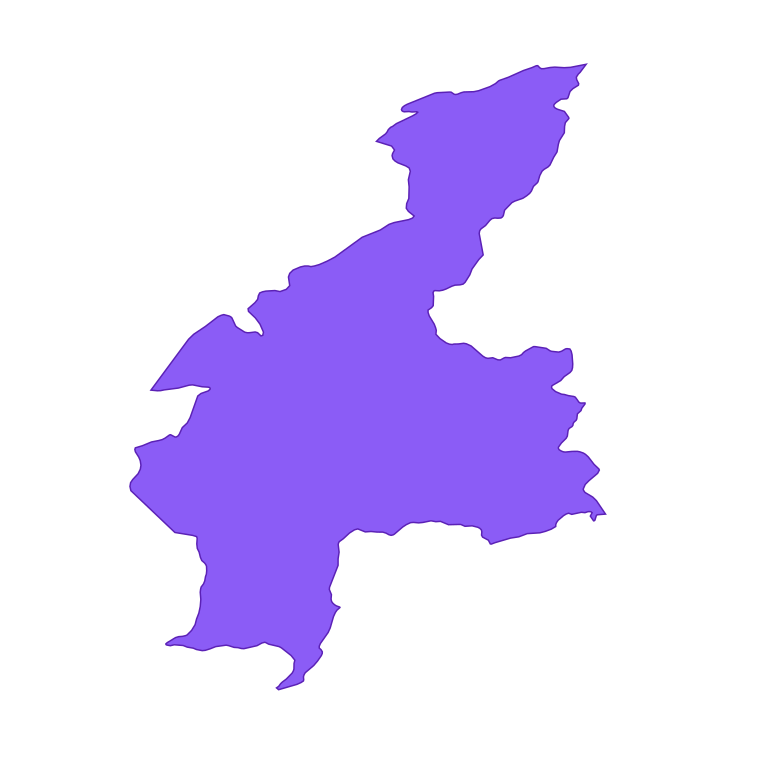 Udon Thani, Equal Earth projection, rotated 75°
{"feature_id": "THA-448", "entity_name": "Udon Thani", "entity_type": "Province", "adm_level": 1, "iso_a3": "THA", "parent_name": "Thailand", "parent_adm1": "", "projection": "equal_earth", "projection_center": [102.887, 17.458], "detail": "fine", "context": "isolated", "style": "filled", "palette": "violet", "viewbox_px": 768, "rotation_deg": 75, "n_neighbors": 0, "source": "natural_earth", "source_scale": "10m", "svg_char_len": 6170}
<svg xmlns="http://www.w3.org/2000/svg" viewBox="0 0 768 768"><g transform="rotate(75 384 384)"><path d="M385.1,641.7L382.7,641.6L381.3,640.7L381.1,633.5L379.8,623.6L380.3,616.3L380.3,612.6L379.6,609.4L377.7,604.4L377.8,603.2L381.2,599.5L381.4,598.2L380.9,596.5L379.6,594.8L373.9,590.1L370.7,584.1L366.2,579.9L347.4,567.0L345.8,563.2L345.2,555.7L344.2,553.5L343.2,553.0L342.2,553.5L341.5,554.7L339.6,560.4L335.3,569.1L334.7,572.5L334.7,583.7L332.8,597.8L332.6,601.5L331.9,604.6L329.6,610.7L290.2,561.2L286.7,554.9L282.2,541.7L276.1,527.1L275.5,523.5L275.5,520.8L278.3,515.9L279.5,514.6L280.8,513.8L289.6,512.3L291.4,511.1L297.9,505.1L299.1,502.8L299.6,500.8L300.4,495.0L301.7,492.8L305.7,490.4L305.6,488.5L302.7,487.0L294.1,488.3L286.8,491.2L278.8,496.1L276.1,495.8L272.1,487.7L269.5,484.1L266.2,482.5L263.9,480.5L263.5,477.5L263.7,474.0L265.5,465.2L267.8,460.5L267.3,453.9L264.6,449.6L255.9,448.6L252.7,446.4L250.4,442.3L249.3,434.4L249.5,430.1L250.4,426.7L251.7,424.2L252.0,420.7L251.9,415.6L250.6,407.0L248.7,398.6L236.6,367.1L234.3,347.7L231.1,337.8L230.7,332.4L231.6,317.7L231.1,313.5L229.5,311.4L223.7,315.7L220.0,317.0L215.6,315.4L211.2,312.0L200.0,308.7L193.0,307.6L185.3,303.5L181.8,303.8L179.0,306.5L173.9,313.4L171.4,315.7L168.9,317.1L165.6,317.1L163.7,316.1L160.7,313.3L156.1,315.1L147.7,328.5L145.6,325.0L142.8,317.7L141.2,315.6L139.3,313.9L137.8,311.2L137.4,309.0L135.7,304.7L132.4,287.0L131.3,283.0L130.2,281.1L129.5,281.9L128.5,286.6L127.3,289.3L126.3,294.0L125.6,295.2L124.6,296.0L123.4,296.1L121.6,294.7L120.5,292.2L119.8,289.2L116.2,260.0L116.4,257.2L119.0,245.0L119.5,243.6L122.3,241.2L122.9,239.9L123.1,237.9L122.6,234.1L122.6,231.3L124.9,221.6L125.2,216.6L124.2,204.6L122.7,198.6L120.9,194.9L120.6,193.4L119.9,184.5L117.3,168.2L116.7,159.3L116.0,154.5L116.3,153.1L119.0,151.6L120.2,150.3L120.8,147.8L121.3,141.5L122.1,137.1L125.1,128.1L126.4,121.9L127.5,106.0L133.7,113.9L135.0,116.2L137.4,118.8L139.8,119.1L144.3,118.2L145.7,118.9L147.6,125.1L149.6,128.6L155.1,132.2L155.8,133.6L154.7,139.3L156.6,144.8L157.9,147.1L158.8,147.9L160.0,148.1L161.8,147.2L163.5,145.3L167.4,139.2L174.3,136.6L175.4,136.7L178.5,141.2L181.9,142.9L188.0,144.8L194.2,151.5L197.5,153.5L204.6,156.8L208.9,161.4L215.5,167.1L216.8,169.4L218.1,173.8L219.3,176.2L223.0,179.6L228.5,182.9L229.3,183.8L231.8,188.5L235.7,191.6L237.4,193.7L239.1,197.4L240.5,201.6L241.2,210.4L241.9,213.5L247.3,222.5L252.3,225.2L253.4,226.6L253.9,228.1L253.3,231.2L252.3,234.0L252.2,237.0L253.4,239.5L257.2,244.9L259.2,250.0L260.0,251.1L260.9,252.0L263.3,253.1L285.0,254.8L288.3,260.2L295.7,269.2L300.8,272.9L306.8,279.4L308.0,281.8L307.9,284.9L306.9,289.8L307.1,293.2L308.3,299.5L308.6,303.0L308.3,306.5L306.9,310.8L307.2,311.9L308.5,313.0L312.1,313.4L321.1,316.2L322.6,318.3L324.0,322.3L326.2,322.9L329.9,322.7L339.2,320.0L343.1,319.6L345.7,319.6L349.4,321.0L354.6,318.2L360.4,313.3L362.5,310.4L363.5,307.9L363.5,306.2L364.6,301.7L365.3,296.5L366.5,294.0L369.8,290.0L382.6,281.4L384.9,279.2L386.1,277.0L386.8,272.1L390.1,267.8L390.9,265.4L389.9,261.3L389.8,259.8L391.4,255.0L391.9,246.5L391.3,243.5L389.7,241.1L388.7,238.7L386.6,230.0L386.9,228.6L391.5,218.1L395.0,214.9L395.8,213.7L398.4,207.0L398.3,204.0L397.1,199.7L397.2,198.1L398.3,195.4L400.7,194.7L404.5,194.8L413.5,196.5L417.1,197.7L419.5,199.1L421.0,201.3L423.5,208.0L426.4,212.4L428.8,221.1L429.3,222.4L430.5,223.0L432.0,222.9L435.8,220.2L439.8,215.1L440.8,212.5L442.9,209.0L445.2,203.9L446.0,202.8L447.5,202.1L452.1,200.4L453.3,199.1L454.3,194.8L455.2,194.9L458.6,199.2L460.7,200.6L462.9,204.9L467.6,206.8L468.7,207.7L470.0,210.3L471.0,211.4L472.9,212.3L473.8,213.5L474.8,216.6L475.5,217.4L476.5,218.2L481.8,220.4L483.6,222.1L486.9,227.9L490.2,231.9L491.4,232.2L492.9,231.8L494.9,229.8L496.0,228.2L496.7,226.4L497.8,219.7L499.1,214.6L500.2,212.4L502.3,209.3L504.1,207.6L507.4,205.5L516.0,201.9L521.7,198.4L522.9,198.3L525.6,200.8L530.4,211.0L533.1,215.6L537.1,218.8L538.6,218.7L540.8,217.9L547.3,211.6L551.7,209.0L567.0,203.7L565.5,211.9L566.1,213.0L570.1,215.5L570.5,216.2L570.4,217.0L565.0,218.9L562.2,216.3L560.8,217.4L560.1,219.9L560.3,223.2L559.0,226.5L558.5,236.4L556.6,239.1L556.7,241.4L557.6,244.6L560.7,251.1L562.6,253.3L564.3,254.5L566.1,255.0L567.5,260.0L568.1,266.2L568.1,271.9L565.6,284.4L566.5,293.3L565.6,301.7L566.0,317.8L566.4,321.7L566.0,322.7L561.9,323.6L557.4,328.4L555.2,328.9L552.2,327.8L550.1,327.7L548.2,328.8L546.7,330.4L543.8,335.6L542.4,342.6L539.6,346.1L539.2,347.3L536.6,358.1L531.3,365.0L530.4,369.6L528.3,374.0L527.8,382.3L527.1,386.5L525.3,391.4L524.8,394.2L525.6,398.8L527.0,403.0L531.7,412.8L532.1,414.3L532.0,416.3L530.9,418.2L528.6,420.6L526.7,423.6L525.3,428.8L523.1,434.7L522.0,440.4L517.2,446.8L517.2,450.2L519.0,455.9L522.9,463.3L524.7,468.0L525.7,469.0L527.2,469.8L534.8,470.9L541.0,473.6L547.3,475.3L566.2,489.2L568.3,490.0L573.9,489.3L578.0,490.8L580.5,490.9L582.6,490.1L584.4,488.9L586.0,487.4L588.0,484.5L588.5,484.4L590.3,488.0L592.1,490.1L595.6,493.0L605.7,499.1L609.6,502.3L618.2,512.6L620.5,514.4L622.3,514.9L624.3,513.6L626.7,512.9L628.3,513.4L630.1,514.8L634.4,519.9L637.7,524.7L642.5,534.8L644.2,536.5L646.0,537.6L648.9,538.1L650.0,538.7L650.9,541.4L651.6,545.8L652.0,564.9L649.7,566.5L648.8,564.0L646.7,561.4L645.6,559.4L643.7,554.7L639.5,547.6L637.9,546.0L636.1,544.8L630.6,543.2L627.7,541.6L622.2,544.0L612.3,551.4L610.5,553.3L605.4,562.8L603.1,565.2L602.6,566.2L602.6,569.0L603.9,574.4L603.4,587.8L602.6,590.2L600.9,593.2L599.6,597.0L596.5,601.8L595.4,604.1L594.1,614.5L594.8,620.6L595.0,625.6L594.5,628.6L591.9,633.9L589.8,636.6L587.2,642.2L584.6,645.7L581.6,654.1L581.5,658.1L579.9,661.4L579.3,662.0L578.6,662.0L577.7,660.3L575.0,651.0L574.9,647.7L575.6,643.9L575.7,640.9L575.5,639.3L572.2,633.6L567.5,628.7L562.5,625.9L557.3,622.1L551.4,619.1L544.7,616.7L537.6,615.4L534.6,614.2L532.7,613.1L530.4,610.1L527.8,608.1L523.9,606.3L521.7,604.8L518.5,603.6L514.1,602.6L512.2,602.9L510.3,603.7L507.4,605.7L504.0,606.2L498.5,606.1L494.5,606.9L490.0,606.2L484.7,604.4L482.9,604.5L480.7,608.0L473.3,624.4L421.5,656.1L417.2,655.9L413.7,654.3L411.2,651.4L407.0,644.7L403.2,641.4L399.6,639.8L395.0,639.3L391.2,639.8L385.1,641.7Z" fill="#8b5cf6" stroke="#5b21b6" stroke-width="1.5"/></g></svg>